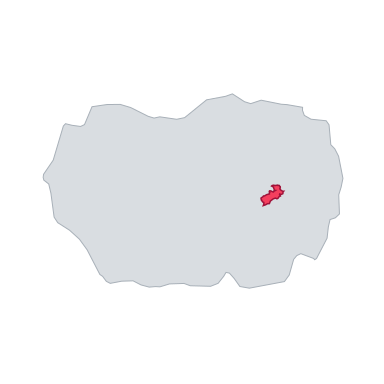 location of Vraneshtitsa, Vraneštica, North Macedonia, rotated 193°
{"feature_id": "65306769B74199760072032", "entity_name": "Vraneshtitsa", "entity_type": "district", "adm_level": 2, "iso_a3": "MKD", "parent_name": "North Macedonia", "parent_adm1": "Vraneštica", "projection": "robinson", "projection_center": [21.041, 41.503], "detail": "fine", "context": "in_parent", "style": "filled", "palette": "rose", "viewbox_px": 384, "rotation_deg": 193, "n_neighbors": 0, "source": "geoboundaries", "source_scale": "gbopen_adm2", "svg_char_len": 1891}
<svg xmlns="http://www.w3.org/2000/svg" viewBox="0 0 384 384"><g transform="rotate(193 192 192)"><path d="M172.7,100.3L179.2,101.1L193.2,97.4L201.9,92.4L206.4,91.6L212.3,89.7L220.8,90.0L229.4,92.2L240.4,89.3L251.1,84.6L255.4,85.7L260.1,89.7L263.2,90.9L281.2,112.1L291.1,120.7L302.7,127.2L315.9,131.9L320.7,136.5L329.2,159.1L333.4,167.6L339.0,170.2L340.3,172.7L340.6,175.9L334.4,191.8L332.2,227.3L330.6,230.1L324.0,230.0L315.3,230.8L311.9,233.5L308.6,252.6L294.5,258.1L281.7,261.2L270.8,260.5L251.8,255.9L245.6,255.5L240.3,258.0L223.3,259.4L215.9,262.8L198.5,285.1L180.8,292.8L174.7,296.7L161.2,291.8L154.7,291.3L145.3,297.0L124.7,297.6L119.2,298.5L103.3,299.4L102.7,296.4L99.8,291.9L92.4,289.7L77.3,291.6L73.6,288.3L67.4,269.3L62.6,266.2L57.2,259.8L48.0,239.2L47.8,230.2L48.4,222.3L43.4,203.8L46.5,199.1L51.3,196.2L51.3,188.7L50.0,177.4L55.7,155.2L57.2,153.6L58.6,154.6L72.1,156.4L75.6,153.6L77.8,149.2L78.6,133.0L81.8,125.5L114.5,111.2L124.1,110.7L131.4,117.2L137.3,121.4L140.8,121.3L142.1,117.1L146.0,108.9L152.7,104.3L172.5,100.3L172.7,100.3Z" fill="#d9dde1" stroke="#a8b0b8" stroke-width="1"/><path d="M116.7,210.5L116.8,209.5L116.1,209.1L116.4,207.9L116.2,207.5L118.7,206.2L120.4,204.5L121.5,204.2L121.7,203.5L123.4,201.6L123.1,200.6L122.4,199.9L122.5,199.6L120.7,198.1L119.7,198.0L119.3,196.4L119.5,194.8L117.4,196.1L115.9,197.5L114.0,198.1L113.6,200.8L111.2,203.7L109.3,204.8L107.7,204.5L106.8,205.2L106.4,206.4L105.4,208.0L105.1,208.0L105.4,208.6L106.1,209.1L106.1,209.8L105.1,209.7L104.6,209.6L103.1,210.8L103.3,212.5L102.9,213.3L103.6,213.1L105.3,213.6L106.7,214.3L106.7,214.8L107.2,215.2L107.0,216.4L107.3,217.1L107.7,217.1L108.4,218.0L109.8,217.7L110.0,218.0L113.0,216.8L113.7,217.1L115.3,216.4L115.8,215.7L113.9,215.2L112.0,212.2L111.1,212.3L111.7,211.7L112.4,211.6L112.6,210.4L113.3,210.3L115.4,210.8L116.7,210.5Z" fill="#f43f5e" stroke="#9f1239" stroke-width="1.5"/></g></svg>